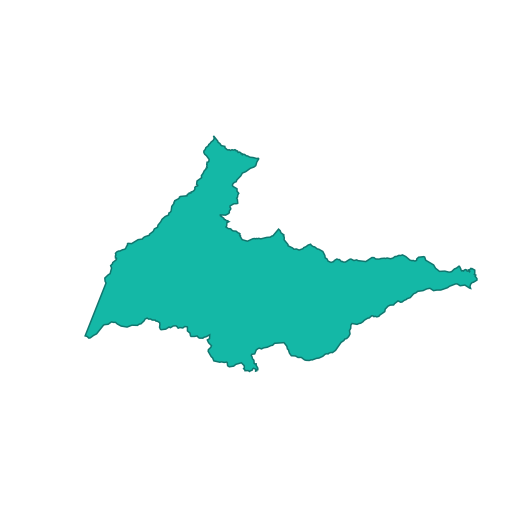 Yarumal, Antioquia, Colombia (Robinson projection), rotated 63°
{"feature_id": "7082276B85908118350563", "entity_name": "Yarumal", "entity_type": "district", "adm_level": 2, "iso_a3": "COL", "parent_name": "Colombia", "parent_adm1": "Antioquia", "projection": "robinson", "projection_center": [-75.435, 7.007], "detail": "fine", "context": "isolated", "style": "filled", "palette": "teal", "viewbox_px": 512, "rotation_deg": 63, "n_neighbors": 0, "source": "geoboundaries", "source_scale": "gbopen_adm2", "svg_char_len": 6124}
<svg xmlns="http://www.w3.org/2000/svg" viewBox="0 0 512 512"><g transform="rotate(63 256 256)"><path d="M265.4,219.8L261.4,222.8L260.3,222.3L254.3,223.6L252.7,222.6L250.8,222.1L250.4,222.4L249.9,221.6L246.7,223.2L244.3,223.0L242.3,223.7L245.7,231.7L245.4,233.0L245.7,234.7L244.3,238.0L242.9,244.0L241.5,245.5L241.3,246.7L240.5,247.8L240.4,248.8L239.7,249.4L239.2,251.0L238.9,256.9L235.2,260.9L231.4,261.2L231.1,260.7L229.8,261.1L229.0,260.2L228.1,260.6L227.5,261.3L224.8,262.5L223.3,265.0L221.6,266.0L220.8,266.0L219.8,266.8L219.1,268.2L216.5,269.6L215.9,268.5L213.1,266.8L213.1,264.7L212.8,265.0L211.7,265.1L211.4,266.2L209.8,266.8L209.0,267.7L207.9,267.5L203.9,269.5L203.2,269.1L205.8,264.5L205.7,261.1L205.3,260.1L203.9,259.5L202.7,257.2L201.9,256.8L200.9,257.1L199.6,256.4L199.4,252.0L200.7,249.2L200.7,248.3L197.1,246.9L195.7,247.0L195.1,245.7L193.3,244.5L192.3,242.9L189.7,243.5L187.5,242.4L183.5,244.9L182.2,244.9L181.1,243.7L180.6,241.8L180.8,239.9L179.5,238.5L177.7,233.2L175.9,230.5L176.2,226.9L175.3,221.2L175.8,217.5L175.4,215.2L172.7,212.7L170.7,209.5L170.0,209.6L169.4,211.2L167.0,213.8L165.1,216.7L163.1,218.0L162.3,219.2L160.4,220.0L159.6,221.1L159.6,222.1L158.8,221.8L158.2,222.8L157.5,222.6L156.0,223.4L155.6,224.9L154.0,224.8L153.2,226.0L152.6,225.9L151.7,226.5L151.4,228.1L150.4,229.1L150.3,230.9L149.2,231.6L148.8,232.8L148.1,233.5L145.3,234.5L144.2,234.0L141.9,236.8L139.4,237.1L137.3,238.2L136.4,237.9L130.2,239.2L129.7,239.4L131.7,239.6L132.6,240.2L133.6,241.7L134.1,244.4L134.9,245.8L135.2,247.5L136.1,248.3L136.7,251.5L138.0,252.8L138.8,254.8L140.2,255.5L142.0,255.5L144.2,254.6L148.7,253.9L150.4,255.2L150.6,255.9L150.2,257.0L152.2,258.4L152.7,258.2L153.9,259.3L155.1,259.4L155.1,260.7L155.9,261.2L156.5,263.3L158.5,265.9L159.5,268.1L161.5,268.9L162.4,274.5L165.2,276.4L166.4,275.8L167.0,276.1L166.7,278.4L167.2,279.4L168.7,280.1L169.5,281.4L169.8,283.1L169.5,284.8L170.3,285.5L169.5,286.9L170.0,287.4L170.0,289.2L171.0,290.2L168.6,296.4L168.8,297.5L169.4,297.8L169.8,299.1L169.8,303.3L170.5,303.7L170.8,304.7L171.9,305.2L173.5,308.5L177.4,311.2L178.2,312.8L178.1,314.0L179.8,315.3L179.6,319.0L180.6,323.0L182.3,325.4L184.0,329.3L185.7,330.7L185.7,334.2L187.4,336.4L188.2,340.9L189.1,341.6L188.4,345.9L188.5,347.9L189.3,349.6L187.9,353.6L188.5,361.2L186.6,364.3L186.8,365.0L188.1,365.7L188.5,366.8L190.0,368.6L190.4,369.9L189.8,372.2L189.8,374.8L189.2,376.2L189.1,377.9L189.8,380.0L191.6,380.4L192.1,381.3L194.0,382.1L194.5,381.3L195.2,381.5L196.0,382.6L196.8,386.6L197.8,387.5L198.6,389.9L201.1,390.1L205.5,394.0L205.7,396.3L207.0,400.7L209.9,401.9L212.0,401.9L249.6,444.5L251.0,443.0L253.3,442.2L253.7,440.8L253.0,436.7L253.0,433.4L248.4,423.3L248.4,422.2L249.7,418.7L249.1,414.6L250.4,413.2L251.3,411.3L253.5,410.5L257.2,408.0L260.8,403.1L261.3,398.0L264.0,393.1L263.7,391.0L264.2,389.3L263.0,385.2L261.8,383.4L261.9,381.2L263.5,380.3L264.3,378.5L265.9,377.6L267.4,374.9L268.4,374.8L269.5,373.4L271.6,372.1L273.4,372.7L275.7,374.3L278.0,374.4L278.6,374.0L280.2,369.6L279.8,365.7L281.0,364.9L280.8,361.4L281.8,359.1L283.3,358.3L284.4,358.4L285.1,357.8L285.1,356.4L286.9,353.9L286.5,351.5L287.8,349.5L288.3,349.4L291.6,351.1L294.8,349.8L297.3,350.6L298.2,350.4L299.7,347.5L300.5,344.8L302.7,344.2L303.6,343.5L305.1,340.6L304.8,339.2L305.3,337.0L305.2,333.0L308.5,334.9L308.7,337.5L311.8,337.6L315.7,336.4L316.9,337.8L317.8,340.9L319.2,341.9L325.4,341.6L327.1,340.9L330.3,341.2L334.2,336.5L334.7,334.7L336.4,332.7L337.2,330.3L337.8,330.0L340.9,331.1L342.6,330.1L344.0,325.9L343.4,323.1L344.5,317.5L348.4,316.3L350.5,317.3L350.8,318.2L352.2,317.6L353.2,317.9L354.5,315.1L356.0,314.1L355.7,313.2L356.0,311.4L355.0,310.0L354.9,309.2L356.7,307.6L358.4,308.6L358.6,307.4L357.7,307.0L358.1,306.0L356.7,305.3L353.4,305.5L352.2,304.8L351.5,306.1L350.9,306.4L347.9,305.2L345.9,305.8L344.1,305.3L342.7,305.5L341.7,304.4L342.6,301.6L339.8,298.4L339.4,295.9L339.6,294.8L341.3,293.3L341.3,290.9L342.4,287.4L342.6,283.3L343.1,281.7L342.2,279.1L345.9,270.4L350.5,269.5L353.1,270.2L354.1,269.7L357.8,270.3L360.9,269.8L363.0,266.2L365.5,264.6L366.9,261.7L370.6,259.9L371.7,258.7L373.3,255.9L373.5,254.0L374.1,253.2L374.7,248.3L375.5,246.3L375.7,242.0L374.9,239.0L375.1,237.6L376.0,236.2L375.7,235.0L376.0,232.9L376.8,231.8L376.2,228.0L371.6,219.4L371.2,216.0L370.3,214.8L370.7,212.6L369.9,210.1L368.1,207.6L364.9,206.6L363.5,204.5L360.7,202.9L359.7,201.1L362.8,197.0L362.9,194.9L363.4,193.3L363.1,190.5L362.4,188.7L362.1,184.7L362.6,183.3L361.8,180.1L362.4,179.0L363.6,178.5L363.8,177.2L365.1,176.0L365.5,173.9L364.8,172.3L364.0,166.5L362.0,165.0L360.6,161.0L360.7,158.7L362.1,155.6L361.4,154.3L360.5,149.8L362.8,148.2L363.3,146.7L362.8,144.2L363.0,141.6L362.6,140.8L363.1,137.4L361.2,132.7L361.4,130.1L360.9,128.0L362.7,122.8L362.8,118.8L363.7,115.7L367.5,113.5L368.3,110.7L370.2,106.8L371.2,99.7L370.8,97.4L371.5,90.7L372.3,89.3L375.2,87.6L376.7,83.1L381.5,80.3L382.3,79.5L380.3,79.2L378.6,77.6L377.8,75.5L378.1,74.1L377.8,70.1L376.5,69.4L373.6,69.9L372.8,68.8L371.5,69.8L370.9,69.0L367.9,67.5L365.2,69.3L365.3,69.8L364.6,70.2L365.2,71.8L364.9,72.8L366.7,72.5L367.0,72.9L365.6,73.5L365.5,74.4L364.9,74.9L364.1,74.7L363.2,75.5L363.1,76.9L363.6,77.9L362.8,78.6L362.7,79.4L361.0,79.7L360.5,79.4L357.7,79.4L357.2,79.7L357.8,82.9L357.6,85.1L358.7,88.7L358.5,90.0L358.1,91.3L355.2,94.6L353.0,99.5L348.4,101.6L344.6,101.8L336.8,106.7L333.5,106.2L332.7,106.9L330.9,111.7L331.6,114.1L332.8,114.9L332.7,116.7L331.3,118.0L331.0,119.1L329.6,120.7L324.5,122.8L321.5,125.0L321.3,126.8L320.3,128.4L320.2,131.0L319.6,132.3L320.0,135.1L319.5,137.4L317.3,140.1L317.0,141.8L316.3,142.5L315.0,145.7L314.7,147.7L312.9,150.8L311.0,151.6L310.0,153.4L310.8,160.7L306.4,167.3L305.2,168.0L304.5,170.8L301.8,172.8L301.5,174.0L302.0,179.0L301.2,180.8L300.0,181.6L299.6,182.5L297.1,183.2L296.7,184.2L295.4,185.3L295.6,188.2L296.2,189.5L295.8,192.1L293.3,194.1L290.7,194.1L289.1,195.2L286.7,194.4L282.3,194.4L278.4,197.0L277.7,198.1L274.5,199.6L273.7,200.7L271.8,201.8L270.3,202.0L269.9,204.6L270.4,207.4L270.2,209.6L270.8,210.8L270.3,214.9L268.1,216.8L267.2,219.1L265.4,219.8Z" fill="#14b8a6" stroke="#0f766e" stroke-width="1.5"/></g></svg>